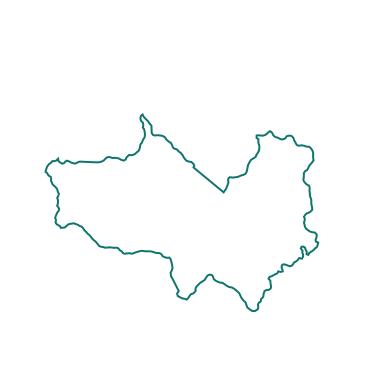 Sucupira, Tocantins, Brazil (Albers equal-area conic projection), rotated 304°
{"feature_id": "56859067B48445419523046", "entity_name": "Sucupira", "entity_type": "district", "adm_level": 2, "iso_a3": "BRA", "parent_name": "Brazil", "parent_adm1": "Tocantins", "projection": "albers", "projection_center": [-48.827, -12.089], "detail": "fine", "context": "isolated", "style": "outline", "palette": "teal", "viewbox_px": 384, "rotation_deg": 304, "n_neighbors": 0, "source": "geoboundaries", "source_scale": "gbopen_adm2", "svg_char_len": 5070}
<svg xmlns="http://www.w3.org/2000/svg" viewBox="0 0 384 384"><g transform="rotate(304 192 192)"><path d="M133.7,311.3L135.8,309.5L137.8,309.4L139.7,310.2L141.9,309.1L143.7,309.6L145.4,309.5L147.5,308.4L150.5,307.5L152.6,308.7L153.7,310.3L155.7,311.2L157.9,310.4L160.1,308.2L162.3,306.5L162.9,304.0L165.1,303.8L166.8,305.2L169.8,306.7L172.3,308.2L174.4,307.9L175.3,310.2L176.9,311.6L178.3,310.3L179.6,308.4L181.5,307.5L183.2,308.2L184.2,310.6L184.7,312.9L185.1,314.6L186.4,315.8L188.2,316.2L190.7,316.0L192.6,317.1L194.5,317.7L197.2,317.8L198.1,320.4L200.5,320.3L202.5,318.8L203.3,317.4L205.2,316.4L206.0,313.8L207.9,313.4L208.9,314.8L209.2,316.5L207.8,318.4L206.6,320.5L204.5,321.9L205.0,323.6L207.2,323.3L209.5,324.4L211.6,325.2L213.9,325.5L216.0,326.3L218.0,325.9L220.7,324.9L220.1,322.6L221.2,321.3L224.4,320.4L226.5,319.2L227.1,316.5L225.9,314.2L225.2,311.9L225.2,309.5L225.3,307.4L226.3,305.2L227.9,303.5L229.3,301.9L231.4,301.3L232.9,300.5L234.0,298.7L235.9,298.7L238.0,298.8L239.9,300.2L241.8,301.2L244.4,301.6L246.2,300.4L248.2,298.2L250.2,296.6L251.6,295.8L252.9,294.5L254.3,292.5L255.4,291.3L257.0,290.4L258.5,288.8L260.3,287.9L261.7,286.8L262.7,285.3L262.4,282.7L262.9,280.4L263.5,278.7L264.5,277.4L266.6,276.5L268.7,275.2L270.1,274.2L272.4,274.1L274.5,275.1L276.8,275.0L278.8,274.6L280.6,274.6L282.6,274.9L284.6,275.1L286.4,275.0L287.5,273.8L289.5,272.3L292.3,270.5L293.8,268.5L294.5,266.6L295.1,264.0L293.6,261.5L293.0,259.0L292.0,256.7L290.2,254.9L289.6,252.8L290.4,250.8L291.2,249.4L292.0,247.8L293.6,245.7L294.1,243.2L293.1,241.0L291.1,239.3L289.1,239.4L287.6,238.8L285.9,237.3L285.2,235.3L285.1,233.1L284.3,230.8L284.2,229.1L284.7,227.2L286.0,225.1L286.1,222.7L284.1,221.9L282.4,221.6L280.2,220.8L278.1,219.0L277.1,217.0L276.1,215.3L275.0,214.0L272.9,215.3L272.9,217.6L271.4,218.4L269.4,220.1L267.9,222.0L265.9,223.4L263.4,224.5L261.1,224.7L259.0,224.6L257.2,225.1L255.4,224.7L253.6,223.8L251.4,222.9L248.9,223.0L245.8,223.4L244.0,224.1L242.1,224.9L240.4,225.6L238.9,226.1L236.7,226.0L234.7,224.9L233.4,223.6L231.7,222.6L229.6,221.1L228.5,219.6L227.1,218.3L226.3,216.8L225.3,215.0L223.7,214.6L222.1,215.2L220.3,216.9L217.7,217.6L215.7,218.0L213.8,218.5L212.1,218.4L209.4,218.4L213.2,179.5L215.0,179.3L216.2,177.3L216.5,174.6L215.5,172.5L214.8,170.0L215.5,167.3L216.3,165.4L217.4,163.3L218.1,160.9L218.2,158.4L218.9,155.5L218.1,153.3L218.2,151.5L219.6,149.4L220.9,147.2L220.8,145.5L220.9,143.5L221.2,141.1L222.2,139.3L222.2,137.1L221.6,135.1L220.7,133.4L219.8,131.5L218.3,130.0L217.5,128.0L218.1,126.1L219.2,124.9L220.8,123.9L222.6,122.5L224.4,121.2L224.9,118.8L226.1,116.0L226.6,113.0L227.3,110.1L228.6,107.7L226.5,107.1L224.0,108.1L222.5,110.1L222.0,112.5L220.2,114.3L217.8,115.3L217.4,117.0L215.7,118.9L213.0,121.1L210.7,122.2L208.9,122.1L206.8,122.4L205.0,122.9L202.8,122.6L200.7,123.5L198.5,124.4L195.9,124.7L194.0,124.0L191.9,123.6L190.2,122.6L188.9,121.5L187.4,119.1L184.6,118.4L181.9,118.8L179.9,117.9L179.1,115.4L178.8,112.2L177.6,109.6L175.7,107.0L175.0,104.4L173.6,102.4L171.4,101.6L169.1,101.3L167.3,100.4L165.7,99.3L164.2,97.7L163.2,96.2L162.1,94.5L154.4,81.9L152.4,80.5L150.4,79.4L149.4,77.5L148.8,75.2L148.7,73.1L147.9,70.6L146.3,70.0L144.3,69.7L142.9,68.6L142.7,66.3L143.0,64.0L144.7,62.4L142.1,61.9L140.6,60.6L139.6,59.0L137.9,58.9L136.4,58.3L134.5,57.8L132.0,57.7L129.3,58.4L126.8,59.3L126.7,61.4L125.4,63.8L125.6,66.3L124.2,67.9L122.6,68.7L121.5,70.5L120.2,72.6L120.0,74.8L119.5,77.0L118.8,78.9L117.6,80.1L116.0,82.7L113.7,83.4L111.8,83.5L110.5,85.2L108.8,86.5L107.0,87.4L105.2,87.9L104.7,89.5L103.6,91.4L101.7,92.0L99.6,91.8L96.3,92.4L94.0,93.0L92.8,94.8L90.3,96.1L89.6,97.9L89.7,99.8L89.9,101.5L88.9,103.2L90.1,104.8L91.7,106.5L94.3,107.1L96.4,107.8L98.3,109.7L100.0,111.6L100.6,114.1L101.0,116.1L101.0,117.8L101.6,120.1L100.9,122.4L100.1,124.3L99.7,126.8L99.1,128.6L99.0,130.4L98.5,132.8L97.6,135.0L97.2,137.2L97.1,139.3L96.6,141.3L96.0,143.2L95.4,144.9L95.6,146.9L96.6,148.9L97.1,150.8L98.4,152.7L100.1,154.6L100.9,156.2L102.1,158.5L103.6,160.5L104.1,162.2L103.4,164.6L103.5,167.1L102.7,168.9L103.2,170.8L105.0,172.7L106.4,174.6L107.0,176.3L108.5,177.8L110.6,179.2L112.9,181.1L115.0,183.0L116.0,184.9L116.9,186.8L118.5,189.0L119.8,191.2L120.5,193.0L121.0,194.9L121.7,196.8L122.7,198.3L123.3,200.0L123.2,201.7L122.4,203.4L122.6,205.4L123.3,207.9L125.0,210.0L124.3,211.9L123.2,213.2L121.9,214.7L120.1,216.6L117.7,218.6L115.0,219.2L113.0,219.5L110.5,221.6L109.3,224.1L102.5,236.4L99.5,236.4L97.8,238.4L98.1,241.4L98.3,243.4L99.1,244.9L99.9,247.8L102.0,248.2L104.3,248.1L106.5,248.2L108.9,249.9L112.0,250.3L114.1,248.8L116.2,248.7L118.8,249.1L121.2,249.6L122.7,250.2L124.5,251.0L126.3,251.7L128.3,251.6L130.0,251.5L131.8,251.8L133.5,252.9L134.3,255.4L133.1,257.4L131.9,258.9L131.7,261.3L132.1,264.1L132.7,266.3L133.7,267.9L133.8,270.5L133.7,273.1L133.9,275.6L135.2,278.7L135.3,281.2L135.2,283.1L134.9,285.2L134.5,287.7L133.3,289.8L132.1,291.7L131.4,293.7L130.7,295.6L130.6,297.7L129.5,299.3L128.4,300.8L127.2,302.5L127.0,305.0L127.0,308.3L128.4,310.7L131.5,312.1L133.7,311.3Z" fill="none" stroke="#0f766e" stroke-width="2"/></g></svg>